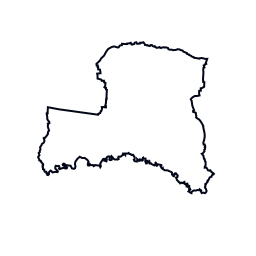 the district of Mueang Surin, Surin, Thailand, rotated 255°
{"feature_id": "78962969B42978200343828", "entity_name": "Mueang Surin", "entity_type": "district", "adm_level": 2, "iso_a3": "THA", "parent_name": "Thailand", "parent_adm1": "Surin", "projection": "orthographic", "projection_center": [103.474, 14.914], "detail": "fine", "context": "isolated", "style": "outline", "palette": "ink", "viewbox_px": 256, "rotation_deg": 255, "n_neighbors": 0, "source": "geoboundaries", "source_scale": "gbopen_adm2", "svg_char_len": 5862}
<svg xmlns="http://www.w3.org/2000/svg" viewBox="0 0 256 256"><g transform="rotate(255 128 128)"><path d="M103.6,37.9L103.2,38.6L103.8,39.7L104.2,39.8L104.7,39.1L105.2,39.4L106.9,42.1L106.3,42.9L105.1,43.2L104.5,43.8L104.6,45.9L103.7,48.1L103.9,48.9L104.5,49.0L107.6,47.3L109.6,47.8L110.2,48.5L109.5,49.7L109.3,51.4L107.8,51.7L106.6,50.8L106.0,51.2L106.3,55.3L105.0,57.3L104.9,58.4L105.4,58.9L106.0,58.7L106.2,57.3L107.7,56.9L108.9,55.5L109.5,55.4L110.3,56.4L110.1,57.0L108.1,58.6L106.4,62.8L103.5,63.4L102.5,65.4L102.9,66.4L104.4,67.3L106.8,67.4L109.0,68.4L111.2,71.0L112.7,73.9L110.9,75.9L110.3,78.4L107.7,80.5L105.7,81.2L104.6,80.3L102.8,79.6L102.3,79.7L101.8,80.5L101.8,81.1L102.4,81.2L103.3,80.7L103.4,81.6L101.9,82.4L101.0,85.1L100.4,84.8L100.0,85.0L100.6,87.0L99.5,89.4L99.3,90.8L97.3,91.1L97.9,91.8L100.8,92.0L102.7,93.9L103.3,95.0L104.2,95.4L104.5,96.4L104.1,97.9L103.5,98.0L102.5,96.9L101.4,98.5L102.9,99.3L104.6,99.5L105.4,100.3L105.7,101.6L105.5,102.3L103.9,102.7L102.3,101.8L101.8,102.1L101.4,103.1L101.6,104.1L102.7,104.7L104.9,104.3L105.2,104.7L101.6,106.4L100.8,107.5L100.8,108.5L100.2,109.7L100.5,111.0L101.9,110.8L102.8,111.4L102.2,113.6L102.8,114.6L103.2,116.4L104.0,116.2L104.6,116.5L104.3,117.7L102.7,118.4L104.0,118.9L103.4,121.1L103.7,122.2L102.7,122.5L101.9,124.0L101.1,124.3L100.7,125.1L100.9,125.8L100.2,126.3L99.0,126.4L98.2,126.9L96.3,126.4L95.8,125.4L94.3,125.8L93.3,127.9L93.3,128.5L95.4,128.8L94.0,129.6L94.8,131.0L94.3,131.9L93.4,131.4L93.4,132.8L92.8,133.3L93.1,133.9L93.7,133.7L95.3,134.6L95.4,135.0L94.5,134.9L93.9,137.0L92.6,136.8L91.6,136.0L89.1,136.3L89.1,136.7L89.9,136.7L91.2,138.0L91.2,138.4L89.5,138.1L90.3,140.0L88.1,139.7L88.1,140.9L87.1,141.4L85.0,143.8L85.2,144.7L86.3,145.3L87.0,145.3L87.3,145.8L86.3,146.3L84.1,146.1L84.1,146.4L84.9,146.8L85.1,147.6L83.6,150.6L82.9,150.5L82.4,149.6L80.3,150.2L79.9,150.7L80.2,151.2L79.2,151.1L77.5,152.8L76.9,155.2L74.0,158.7L73.4,158.9L71.7,158.5L69.8,159.4L69.5,159.8L69.8,160.1L70.5,159.7L71.1,159.9L72.0,161.6L71.9,162.5L71.5,162.6L71.1,162.1L70.1,163.5L69.2,163.7L67.8,163.0L67.7,161.6L64.8,161.9L63.5,162.9L62.5,163.1L62.2,163.8L61.0,164.1L61.3,165.9L60.5,166.7L60.2,167.9L61.2,168.0L61.3,168.5L59.3,168.4L58.8,168.7L58.4,169.5L58.9,169.9L58.9,170.9L58.1,170.8L58.0,169.7L57.1,169.4L56.7,169.7L56.9,171.4L56.2,172.1L55.9,171.9L55.6,170.7L54.9,171.9L53.2,171.2L52.9,171.7L53.2,172.1L52.5,172.3L51.1,170.0L49.3,171.6L48.7,172.4L49.0,172.5L49.4,172.1L50.3,174.1L50.6,175.6L50.0,177.4L50.1,179.2L49.5,180.6L49.6,181.2L50.1,181.4L48.8,182.5L48.0,181.9L46.0,182.4L46.2,183.8L45.1,185.5L46.0,187.0L46.8,187.6L48.9,187.5L50.5,186.9L51.1,187.4L51.5,187.3L52.1,187.8L53.7,188.1L53.6,188.7L54.0,188.8L54.3,189.5L55.2,190.3L55.2,190.8L55.7,191.2L56.7,191.3L56.9,192.3L59.1,194.1L59.3,196.0L60.0,196.3L60.7,197.2L61.2,197.5L61.0,198.6L61.4,199.0L61.8,198.5L62.0,198.8L62.6,198.4L64.5,196.9L65.6,196.7L65.5,196.3L65.9,196.1L65.9,195.3L66.3,194.4L69.5,193.5L69.8,191.8L70.7,192.1L72.1,193.4L75.5,194.2L76.0,193.8L78.5,193.9L78.7,193.4L81.6,193.7L84.0,192.6L84.2,193.8L85.8,195.9L87.3,196.0L87.7,196.9L89.7,197.7L89.9,197.3L90.8,197.9L92.2,197.8L92.4,196.8L94.2,196.9L97.6,198.9L100.2,200.0L103.2,200.6L109.7,200.9L110.4,201.3L115.0,200.1L117.6,199.0L120.5,196.5L122.0,197.1L123.6,197.1L125.2,197.4L126.7,195.1L127.7,195.3L128.0,196.4L128.3,196.4L132.9,195.9L137.6,196.5L139.6,196.1L140.9,198.2L141.6,200.7L141.0,203.3L140.9,205.5L142.9,205.6L145.5,206.4L145.2,208.0L147.5,208.5L147.5,210.0L148.1,212.2L152.5,213.6L153.1,212.5L154.2,213.0L154.8,212.8L162.4,215.3L165.1,215.8L166.7,216.5L166.7,217.5L168.8,217.3L168.9,218.3L169.5,218.5L169.7,220.2L170.7,220.0L174.3,222.4L174.8,220.4L176.5,217.5L176.8,215.2L176.5,215.0L178.8,209.9L179.3,209.9L180.2,208.4L181.2,207.8L182.7,205.9L183.1,206.0L184.4,204.1L185.1,204.3L187.4,201.3L188.3,201.0L189.2,200.1L189.4,199.3L190.5,198.2L191.3,196.1L191.0,194.9L191.5,191.6L192.1,191.0L193.0,188.3L193.7,187.4L195.0,187.3L196.2,185.2L196.2,184.2L196.7,183.5L196.9,182.2L196.7,180.6L197.5,179.4L198.0,179.4L197.8,178.0L198.1,176.2L198.9,175.8L199.7,174.6L200.1,174.7L200.0,174.0L200.8,173.0L202.0,172.5L202.2,171.1L201.6,170.7L201.7,170.1L201.9,169.4L202.8,168.5L202.6,168.3L202.8,167.7L203.6,166.8L203.8,166.0L204.2,166.1L206.8,165.1L206.7,163.6L207.2,161.8L206.5,161.6L206.8,159.2L207.1,158.5L208.6,158.3L208.7,157.7L208.6,156.4L207.5,155.8L207.5,153.8L207.8,153.8L208.0,153.0L208.9,153.0L209.0,152.6L209.6,152.5L209.4,150.9L209.8,149.0L209.3,148.8L209.4,148.3L210.9,144.0L209.6,143.5L209.8,141.8L209.4,140.9L208.4,140.0L208.3,139.2L210.4,135.7L210.4,133.0L209.5,129.4L207.5,126.8L204.1,123.6L202.0,119.8L200.5,118.5L198.1,114.1L196.6,113.9L196.3,114.9L195.0,114.4L194.8,115.0L192.4,114.3L191.7,116.0L189.5,115.9L188.0,115.6L188.5,112.3L186.3,112.1L183.6,111.4L181.6,114.8L180.3,114.9L179.9,117.0L178.1,116.8L177.5,117.9L174.8,117.0L173.5,115.7L172.8,116.2L172.5,117.1L171.0,116.7L170.4,117.5L163.7,115.3L162.5,115.2L161.5,114.8L161.7,114.4L157.7,113.1L155.6,111.9L155.2,112.4L153.6,112.0L153.9,111.2L154.2,111.2L155.0,108.1L153.7,108.0L152.0,107.2L151.2,106.5L151.3,106.0L149.7,105.1L149.6,103.8L149.2,103.5L149.3,102.9L148.6,102.5L163.9,66.2L168.8,56.0L163.6,54.3L163.5,53.9L163.2,54.0L163.2,53.6L162.7,53.7L162.6,53.1L159.0,52.8L157.7,52.3L155.6,52.8L154.5,53.5L153.0,53.3L153.0,51.7L152.0,51.7L150.6,51.0L149.7,50.9L145.9,51.1L144.9,49.7L143.0,49.1L143.0,48.8L142.1,48.2L140.0,45.4L140.3,44.3L140.0,43.9L137.9,44.1L136.7,43.7L135.5,42.6L134.8,40.6L133.6,39.9L132.2,38.1L130.0,37.9L129.0,36.9L127.6,36.6L126.9,35.2L124.8,35.5L124.1,34.9L124.0,34.4L123.0,33.6L120.6,34.2L119.8,33.9L118.9,35.2L118.3,35.0L117.9,35.5L117.1,35.5L115.2,36.7L114.0,36.4L114.1,35.9L113.2,35.6L112.6,35.4L112.3,35.7L110.3,35.2L109.8,35.6L109.5,36.3L108.8,36.0L107.3,36.3L106.9,37.7L105.1,37.5L104.4,38.1L103.6,37.9Z" fill="none" stroke="#020617" stroke-width="2"/></g></svg>